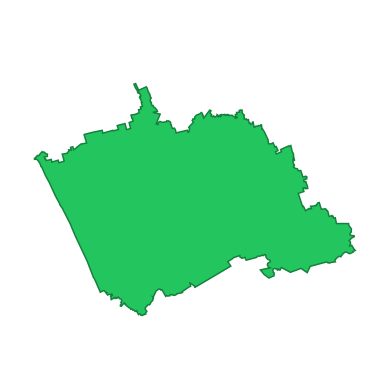 Angel R. Cabada, Veracruz, Mexico (Albers equal-area conic projection), rotated 246°
{"feature_id": "50627088B47201282051967", "entity_name": "Angel R. Cabada", "entity_type": "district", "adm_level": 2, "iso_a3": "MEX", "parent_name": "Mexico", "parent_adm1": "Veracruz", "projection": "albers", "projection_center": [-95.399, 18.593], "detail": "fine", "context": "isolated", "style": "filled", "palette": "green", "viewbox_px": 384, "rotation_deg": 246, "n_neighbors": 0, "source": "geoboundaries", "source_scale": "gbopen_adm2", "svg_char_len": 5991}
<svg xmlns="http://www.w3.org/2000/svg" viewBox="0 0 384 384"><g transform="rotate(246 192 192)"><path d="M250.3,212.9L252.5,201.5L255.6,202.2L257.5,201.9L258.0,200.0L260.2,199.9L261.8,200.5L262.8,200.0L264.3,200.8L265.5,200.3L265.7,199.7L266.4,199.7L266.9,198.3L267.3,198.0L266.7,197.4L267.4,193.7L269.6,191.3L269.1,189.6L268.7,189.0L267.8,188.8L267.6,188.1L268.8,187.0L276.1,194.6L280.7,188.6L279.7,193.2L281.2,193.3L284.2,192.4L285.2,191.5L286.8,191.7L287.1,190.8L289.0,190.7L290.0,191.3L290.8,190.8L291.1,191.1L291.5,190.8L292.3,190.9L293.1,191.3L294.7,193.1L295.9,192.6L298.0,193.2L301.9,192.9L305.2,193.3L306.7,193.0L306.6,184.7L314.0,184.6L314.1,182.8L310.3,182.7L306.5,183.3L306.6,183.7L305.4,183.6L305.4,182.9L304.1,183.1L304.2,184.2L300.6,184.5L300.6,183.2L299.3,183.2L299.4,182.6L294.4,182.8L294.5,182.1L290.3,181.5L290.7,179.5L288.5,179.2L288.9,176.6L285.9,176.0L286.1,171.3L287.1,167.6L283.7,167.0L283.6,167.6L280.8,167.0L281.0,162.8L275.0,161.7L275.6,157.6L281.8,158.6L283.1,150.7L279.0,150.2L279.4,147.7L279.9,144.9L280.5,144.9L282.0,134.5L284.9,135.0L287.1,124.7L288.4,116.8L279.6,115.6L281.0,109.9L279.0,102.7L278.8,101.1L281.8,101.5L282.2,99.2L279.4,98.7L280.7,96.5L279.4,96.2L279.0,94.9L278.2,93.6L279.4,88.9L272.1,87.7L272.9,82.3L275.5,82.7L276.3,76.2L279.0,76.7L280.0,71.6L281.8,71.8L281.9,71.2L284.1,71.4L283.3,74.3L285.4,75.3L285.9,74.5L288.8,73.0L289.2,71.5L289.8,71.4L287.8,67.1L287.7,66.0L288.2,65.7L287.8,64.3L287.3,63.9L286.8,61.9L286.3,61.4L285.8,61.6L285.1,63.3L283.6,64.1L279.7,64.7L276.6,64.4L275.7,64.9L273.9,64.9L267.5,64.8L258.1,65.5L244.8,65.6L235.4,66.3L234.0,66.1L229.8,66.9L212.6,67.8L200.1,67.5L171.2,68.1L153.8,67.2L153.2,67.5L149.3,67.6L137.7,67.5L137.9,69.6L137.7,71.3L137.4,71.7L135.4,72.3L135.4,72.8L134.5,73.3L134.4,72.5L132.2,73.0L132.3,74.4L131.1,76.3L131.5,77.1L130.6,77.5L130.0,77.0L129.9,76.1L130.2,76.2L129.8,75.2L128.1,75.2L127.1,74.4L126.6,74.4L126.7,76.3L127.2,78.1L126.0,78.4L126.4,79.5L125.9,79.6L126.0,80.2L125.5,80.3L126.1,81.9L124.1,82.4L122.7,83.7L121.4,83.8L120.2,82.2L119.5,82.6L119.0,82.3L117.8,80.5L117.0,80.2L116.3,80.8L118.2,85.0L116.5,85.7L116.3,85.2L111.7,87.5L111.2,88.2L109.8,88.3L109.6,89.3L109.0,89.6L109.0,90.5L108.7,89.9L108.1,89.9L107.9,90.9L106.1,91.4L105.8,92.2L106.0,93.3L105.1,93.5L104.5,93.0L101.7,93.3L101.7,95.0L100.2,95.2L99.5,96.2L99.4,99.2L99.7,98.8L99.7,99.6L101.3,102.2L103.6,101.7L105.1,102.1L107.0,106.1L106.4,106.7L106.1,106.4L106.8,108.5L107.9,109.5L109.0,112.2L110.4,112.7L110.4,113.4L111.0,113.8L112.3,113.5L111.9,114.0L116.2,119.0L116.7,121.6L116.7,122.8L116.1,123.4L115.1,123.6L115.0,124.8L107.5,125.5L107.9,126.1L107.5,126.8L107.0,127.0L106.2,129.6L106.8,129.8L107.0,130.8L106.0,132.0L106.1,132.4L105.1,133.1L104.6,134.6L104.8,136.5L105.2,136.6L105.2,137.3L104.6,139.0L104.8,139.8L104.2,140.5L104.1,141.3L104.5,142.2L104.2,142.5L105.0,142.8L106.4,150.2L106.4,152.4L109.6,153.2L105.0,156.2L104.4,155.7L103.7,155.9L108.5,197.3L113.8,196.4L114.5,201.4L115.1,203.2L114.5,209.8L112.9,209.4L111.1,210.8L110.7,213.9L108.1,213.5L107.6,214.2L106.0,224.1L106.6,226.0L105.7,228.3L105.7,230.8L105.0,231.0L104.9,231.7L105.3,233.0L105.0,233.4L104.4,233.6L102.0,233.1L99.7,233.8L97.9,235.4L97.3,235.5L96.5,235.1L96.1,232.2L94.7,231.1L92.5,231.3L91.0,232.5L93.0,222.8L87.4,224.3L82.1,227.3L82.1,232.9L84.6,234.1L85.6,233.5L87.8,234.2L88.5,234.9L88.6,236.1L87.0,238.6L86.6,238.1L85.9,238.3L86.2,239.9L85.3,239.9L84.9,240.8L86.7,242.9L78.6,249.2L77.9,260.5L71.5,264.4L76.0,269.8L73.4,286.2L72.3,287.4L71.8,287.5L71.8,288.1L71.1,288.9L71.0,290.7L69.9,294.6L71.6,294.7L72.8,297.2L73.4,299.9L73.0,301.1L72.3,301.6L73.9,304.2L74.8,306.9L74.4,308.6L71.9,310.4L71.5,311.3L71.5,314.7L72.3,315.2L72.1,316.7L72.3,317.4L72.9,316.9L78.4,316.2L78.6,314.1L80.4,315.8L81.5,316.3L82.7,316.3L83.6,315.8L85.0,318.9L85.1,321.5L85.6,322.3L86.1,322.3L87.6,319.8L88.5,318.9L89.8,319.6L90.5,321.0L93.4,322.6L97.6,321.7L99.5,322.2L104.4,311.1L110.2,312.4L110.5,310.7L112.4,311.0L112.5,310.0L113.6,310.3L113.8,307.6L115.0,307.2L115.9,307.7L118.9,308.2L120.1,308.0L120.2,307.6L122.3,307.2L123.7,303.1L130.6,304.0L130.9,302.4L129.9,301.1L129.8,300.4L129.1,300.2L129.9,296.8L130.8,294.6L128.3,294.4L128.7,292.2L129.4,292.2L128.6,288.1L133.7,288.0L133.7,287.1L147.5,288.5L146.9,294.4L150.4,294.9L150.0,296.9L149.0,296.7L148.2,299.2L150.7,299.9L153.1,299.9L155.3,300.3L155.9,298.6L157.7,299.0L157.4,302.2L158.3,302.2L158.9,303.1L160.2,302.3L160.4,299.4L167.4,300.1L168.2,297.6L169.9,297.9L170.7,297.4L171.5,296.0L173.4,294.9L174.2,295.3L174.3,296.2L175.4,296.6L175.9,296.2L177.0,296.1L179.4,297.0L179.3,298.5L180.6,298.8L180.7,297.7L182.9,298.8L182.5,299.1L185.8,300.2L187.8,299.9L194.3,301.2L194.3,298.7L194.8,298.7L194.7,290.2L192.4,290.2L192.4,284.6L194.8,284.6L194.8,287.4L199.4,287.4L199.4,286.1L204.0,286.1L203.8,283.8L205.0,281.5L208.5,282.7L217.2,282.6L220.9,282.1L220.9,281.4L225.0,282.8L225.4,282.4L224.8,281.2L225.7,279.7L225.4,278.9L226.2,277.1L225.7,276.0L226.0,275.1L231.1,276.3L231.2,275.5L230.2,275.0L229.7,274.2L229.8,273.2L231.7,273.0L231.9,272.2L235.1,273.0L235.1,272.0L235.6,271.6L236.5,271.6L236.7,270.1L237.6,269.9L237.7,269.5L238.7,270.1L239.8,270.1L240.9,271.1L243.1,270.1L245.0,270.4L246.3,271.1L247.2,269.7L247.3,268.3L245.6,267.9L246.5,265.1L244.9,264.8L245.2,263.1L242.5,262.5L242.0,263.7L241.3,263.1L241.9,261.6L242.7,262.0L245.7,259.6L245.9,259.7L246.8,256.9L247.5,257.0L247.7,256.0L248.3,256.1L248.6,254.8L248.1,254.7L248.4,253.6L249.5,253.6L250.3,250.5L250.7,250.6L250.9,249.6L250.9,248.9L249.7,249.1L249.6,249.4L249.2,248.6L250.1,247.6L250.0,246.5L250.3,246.4L250.5,247.3L250.9,247.3L252.5,246.4L251.5,245.8L251.1,243.3L252.7,242.7L252.5,241.1L253.7,240.4L254.4,241.4L256.7,240.7L258.6,242.4L259.6,241.5L254.8,233.0L255.5,233.2L257.3,232.8L257.3,233.3L260.0,233.3L260.9,232.7L260.2,231.3L260.4,227.4L259.5,225.1L257.7,224.2L258.4,222.5L257.1,221.2L255.2,221.7L252.5,215.4L252.1,215.2L251.4,215.7L250.5,215.3L248.0,213.4L248.3,212.6L250.3,212.9Z" fill="#22c55e" stroke="#15803d" stroke-width="1.5"/></g></svg>